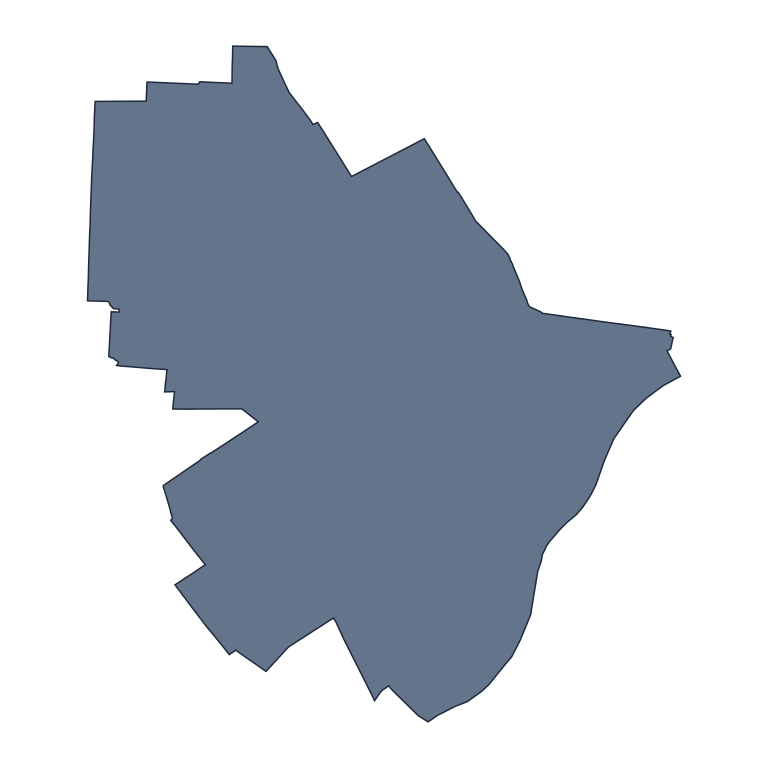 outline of Fetesti, Calarasi, Romania
{"feature_id": "2599482B60932966613296", "entity_name": "Fetesti", "entity_type": "district", "adm_level": 2, "iso_a3": "ROU", "parent_name": "Romania", "parent_adm1": "Calarasi", "projection": "natural_earth1", "projection_center": [27.783, 44.402], "detail": "fine", "context": "isolated", "style": "filled", "palette": "slate", "viewbox_px": 768, "rotation_deg": 0, "n_neighbors": 0, "source": "geoboundaries", "source_scale": "gbopen_adm2", "svg_char_len": 3498}
<svg xmlns="http://www.w3.org/2000/svg" viewBox="0 0 768 768"><path d="M424.4,138.8L424.1,138.8L408.9,146.7L400.2,151.2L351.5,176.5L336.0,151.6L332.9,146.7L324.2,132.7L321.4,128.3L319.5,125.4L317.7,122.5L317.4,122.6L313.5,124.3L313.1,124.5L309.2,118.7L303.9,111.6L299.4,105.5L298.5,104.7L296.6,102.1L295.3,100.5L294.1,98.9L289.2,92.6L284.9,83.6L278.5,69.6L277.1,65.4L276.2,61.2L275.5,59.8L267.2,46.6L266.9,46.6L232.7,46.1L232.5,58.7L232.2,65.1L232.0,83.0L231.8,83.2L199.8,81.8L198.1,84.2L147.0,82.0L146.2,101.1L136.6,101.2L95.1,101.4L94.3,118.7L94.1,127.6L93.9,133.1L93.5,141.3L93.5,142.5L93.4,143.1L93.4,143.5L93.4,143.8L93.0,150.4L92.6,160.7L92.1,169.1L91.7,177.1L90.9,198.4L90.5,208.5L90.4,213.3L90.1,224.4L89.6,235.3L89.2,247.7L88.5,269.6L88.4,274.9L88.2,281.5L88.0,285.8L87.5,300.8L90.2,300.9L105.6,301.3L107.5,301.4L109.0,302.1L109.9,304.8L110.2,305.2L113.6,308.7L115.5,308.8L118.8,308.9L119.0,310.7L119.0,310.9L119.1,312.1L111.2,311.8L110.3,328.2L108.8,356.6L111.9,358.0L112.3,358.1L113.7,358.3L115.0,359.8L118.2,361.6L118.6,362.5L116.5,365.5L124.0,366.3L136.8,367.3L149.5,368.4L158.2,369.0L167.0,369.6L166.1,378.1L165.4,383.9L164.9,389.7L164.6,391.9L174.5,391.6L172.7,409.0L180.5,409.1L188.3,409.2L189.0,409.1L193.0,409.1L197.1,409.0L207.5,409.0L217.9,408.9L241.8,408.9L246.2,412.3L247.6,413.4L254.0,418.5L258.2,421.8L256.2,423.2L252.2,425.9L247.4,429.1L233.9,438.0L221.9,445.9L211.6,452.6L210.5,453.0L202.9,457.9L200.8,459.3L200.1,460.4L194.1,464.4L182.6,472.3L173.0,478.9L163.5,485.4L163.3,485.8L163.3,486.6L163.4,487.1L165.9,495.1L167.2,499.5L169.1,505.9L170.8,512.5L171.5,514.8L172.2,517.5L172.3,518.5L172.1,518.9L171.6,519.5L170.7,520.3L171.6,521.5L174.9,525.5L179.4,531.4L182.7,535.7L185.2,539.0L187.1,541.5L187.8,542.4L189.3,544.3L190.6,546.1L192.9,549.0L197.2,554.6L198.7,556.4L202.0,560.6L205.2,564.7L205.3,564.8L200.4,568.0L192.0,573.7L185.0,578.2L176.0,584.2L175.0,584.8L177.5,588.2L180.3,591.9L183.5,596.3L185.0,598.2L187.0,600.9L190.5,605.6L199.6,617.5L205.6,625.4L218.8,641.4L226.0,650.4L229.3,654.6L236.0,650.1L236.6,650.8L241.5,654.3L245.6,657.2L252.6,662.0L266.0,671.4L272.6,664.3L278.5,657.8L280.5,655.7L284.6,651.1L287.3,648.2L289.4,646.4L303.7,637.2L313.4,630.9L317.0,628.6L319.4,627.1L333.3,618.1L335.8,621.7L344.3,640.2L365.8,682.9L371.4,694.1L374.5,700.7L377.2,696.9L379.5,693.6L380.8,691.9L382.0,690.6L382.7,689.8L384.8,688.6L388.7,685.8L391.2,688.9L393.0,690.9L397.7,695.5L418.3,715.7L428.1,721.9L437.3,715.5L454.7,706.6L467.7,701.4L481.6,691.4L488.9,684.6L505.7,663.8L511.7,656.8L520.3,640.0L530.6,614.8L535.9,582.6L537.6,571.9L541.3,561.0L542.3,554.8L546.9,545.3L549.6,541.5L554.9,535.4L560.2,529.2L563.4,526.0L566.6,522.8L573.9,516.7L576.3,514.7L582.8,507.1L589.5,497.1L591.0,494.5L596.0,484.6L604.1,461.3L608.9,450.1L613.8,438.8L628.1,418.1L633.7,410.3L646.3,398.1L663.4,385.5L680.5,376.2L670.0,356.5L667.0,350.9L670.7,348.8L672.4,340.9L673.2,337.6L670.6,336.3L671.1,334.5L669.8,334.2L670.8,331.1L668.9,330.7L652.1,328.3L602.6,321.7L587.0,319.5L571.4,317.4L547.7,314.0L541.9,313.2L541.8,312.9L541.5,312.5L540.4,311.7L535.1,309.3L529.3,306.6L527.6,303.2L526.9,300.5L523.0,291.6L520.8,285.7L519.7,282.0L513.0,265.9L512.3,263.9L510.1,259.3L509.8,257.8L508.9,256.5L508.4,255.2L507.3,253.4L505.8,251.9L503.9,249.7L475.6,221.0L472.0,214.7L466.9,206.3L460.2,195.3L459.8,195.1L459.6,194.6L458.2,192.3L457.6,192.6L456.5,190.7L453.8,186.6L447.4,175.9L443.2,169.1L439.0,162.3L428.3,145.0L425.0,139.8L424.4,138.8Z" fill="#64748b" stroke="#1e293b" stroke-width="1.5"/></svg>